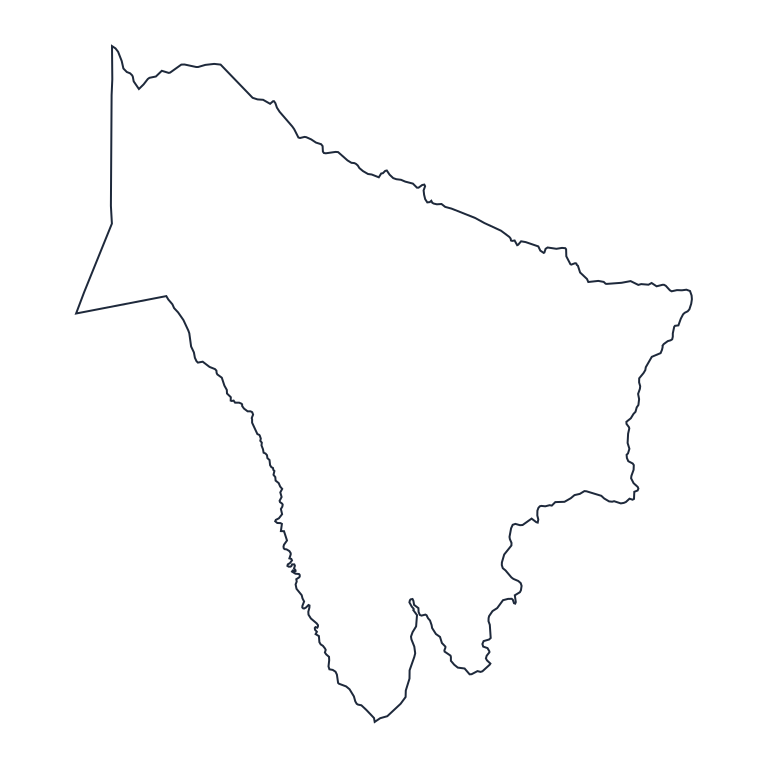 Boquete, Chiriquí, Panama (Robinson projection)
{"feature_id": "35544464B71515803064888", "entity_name": "Boquete", "entity_type": "district", "adm_level": 2, "iso_a3": "PAN", "parent_name": "Panama", "parent_adm1": "Chiriquí", "projection": "robinson", "projection_center": [-82.389, 8.74], "detail": "fine", "context": "isolated", "style": "outline", "palette": "slate", "viewbox_px": 768, "rotation_deg": 0, "n_neighbors": 0, "source": "geoboundaries", "source_scale": "gbopen_adm2", "svg_char_len": 6094}
<svg xmlns="http://www.w3.org/2000/svg" viewBox="0 0 768 768"><path d="M112.0,46.1L112.3,79.3L111.6,95.2L110.9,205.9L111.9,223.6L84.1,292.3L76.1,313.5L166.3,296.1L168.3,299.5L172.4,304.3L174.1,308.1L178.1,312.4L183.4,320.0L188.3,330.5L189.3,333.3L191.1,346.5L193.9,352.4L194.9,357.8L196.5,361.2L197.9,362.6L202.7,361.7L209.5,366.9L215.0,369.1L216.4,370.6L216.6,372.9L217.3,374.4L221.8,377.7L224.4,385.6L226.8,389.9L227.0,393.5L230.8,397.2L230.7,400.6L231.8,401.0L233.6,400.6L235.1,402.7L239.2,402.7L241.3,403.6L242.1,404.3L242.2,406.1L244.0,408.6L247.6,411.3L250.5,411.3L252.2,412.2L253.1,414.6L251.7,418.1L252.1,419.2L252.1,422.7L257.4,434.1L259.3,434.9L259.8,435.7L260.8,438.6L260.3,440.8L261.8,442.6L261.5,445.4L263.0,449.3L263.6,452.7L265.5,453.5L267.0,455.2L267.4,458.1L269.5,460.0L270.1,465.2L271.4,467.2L272.9,467.9L273.4,470.0L274.4,471.0L273.5,474.8L275.3,477.1L275.6,480.6L278.7,483.1L280.2,486.6L282.2,488.9L280.3,492.4L281.6,497.0L279.6,500.8L280.0,502.1L282.2,503.7L282.7,504.7L282.3,506.7L280.9,509.0L282.1,514.2L278.9,518.3L275.8,519.9L275.2,521.3L277.3,523.0L280.5,523.1L281.9,523.9L280.9,531.1L284.0,531.2L287.0,540.5L284.0,544.7L283.5,546.5L283.7,548.1L284.5,549.1L286.6,549.4L289.4,551.1L290.7,553.2L290.7,554.5L289.4,558.4L291.3,558.9L292.0,560.4L289.9,563.1L287.8,564.4L287.4,565.9L288.7,566.7L290.4,566.7L291.3,566.2L292.1,564.4L294.3,564.4L294.9,565.8L294.0,568.5L295.4,570.0L295.6,571.0L295.0,571.4L292.7,570.5L292.0,571.6L295.4,573.7L298.9,574.0L299.6,574.7L299.8,576.1L299.3,577.3L296.3,579.2L296.7,581.6L295.6,584.4L296.5,588.8L301.7,595.2L302.5,598.4L304.1,601.5L302.4,605.9L302.3,607.5L303.2,608.4L304.2,608.5L306.0,607.5L308.5,605.0L309.5,605.5L309.4,607.6L308.3,611.8L308.5,614.7L310.9,618.5L316.7,623.4L318.0,625.2L317.9,626.6L317.3,627.7L315.5,627.1L314.8,628.0L315.0,629.7L316.9,631.8L315.6,634.1L318.9,636.1L319.4,642.2L320.7,644.4L322.9,645.8L325.0,648.5L325.7,649.9L324.9,652.5L326.2,654.4L329.0,656.8L329.2,660.2L328.5,666.4L329.4,669.3L332.7,669.9L335.5,671.7L336.9,674.6L338.1,682.9L338.9,683.7L346.1,686.4L349.5,689.2L353.9,696.4L355.3,701.4L356.7,703.8L358.0,704.6L361.4,705.3L366.4,710.0L374.0,718.0L374.7,721.9L380.2,718.2L387.3,716.2L400.6,703.8L405.6,697.0L405.8,690.5L409.5,678.6L409.6,670.3L414.3,656.9L415.2,653.3L414.3,646.6L411.4,639.3L411.0,636.6L412.6,632.1L416.1,626.4L417.0,615.1L413.3,610.1L413.7,609.6L413.6,608.7L411.8,606.7L409.4,602.4L409.9,600.3L410.6,599.4L412.5,599.0L413.4,600.8L414.1,604.9L418.4,608.1L418.6,612.0L419.8,614.9L421.5,615.6L425.4,614.6L426.6,615.3L428.0,618.2L430.0,620.5L431.6,625.1L432.1,628.0L435.9,634.0L440.0,636.9L441.9,643.0L445.4,646.6L445.4,647.7L444.4,650.3L444.6,651.6L450.5,655.6L450.9,657.0L450.9,660.8L454.2,664.7L457.8,667.6L464.6,668.5L469.6,674.3L471.6,674.2L477.5,671.1L480.5,671.9L482.4,671.3L489.7,664.7L490.4,663.6L487.0,660.4L485.9,658.4L486.7,655.7L489.4,652.3L489.4,651.4L487.5,648.1L483.2,646.6L482.4,644.0L483.6,641.1L489.1,639.5L490.7,638.0L489.8,624.8L488.5,621.2L488.6,618.1L489.1,616.1L492.5,611.1L497.2,608.1L503.0,600.2L508.0,598.9L511.7,598.8L512.8,599.7L514.0,603.2L515.2,603.6L515.8,602.1L514.8,595.3L519.9,592.2L520.9,590.3L521.6,585.9L520.7,583.1L518.3,581.0L513.4,578.9L511.4,577.4L505.5,570.4L502.8,568.2L501.8,565.1L501.9,562.4L504.2,554.5L511.4,545.5L511.5,542.9L509.9,539.2L509.5,536.9L511.1,528.3L512.7,524.8L515.4,523.9L520.0,525.2L522.6,525.0L531.6,518.6L536.3,522.2L537.7,522.6L538.3,519.5L537.3,515.4L537.4,510.7L538.4,507.9L539.8,506.3L541.3,505.9L545.3,506.3L549.6,505.2L551.8,505.6L555.3,502.1L564.5,501.8L570.8,498.2L574.5,495.1L579.8,493.9L584.4,491.1L586.5,491.3L601.3,495.8L604.2,498.5L609.1,501.4L612.2,501.7L614.1,501.2L620.8,503.4L623.8,502.9L625.9,502.0L629.5,498.7L632.6,499.7L634.0,498.9L634.3,491.8L637.6,490.5L638.4,488.6L637.7,486.9L633.6,483.2L631.1,478.3L631.4,475.9L633.6,469.8L633.8,465.1L632.7,463.5L628.3,461.2L626.9,458.0L626.6,454.8L628.0,453.4L629.4,448.8L627.6,443.0L628.1,433.7L629.3,428.4L628.9,427.1L626.5,423.9L626.4,421.8L630.8,418.3L633.5,413.9L635.5,411.8L636.7,407.4L638.4,405.0L639.1,399.1L638.1,393.9L639.9,388.8L640.2,386.2L639.1,382.4L639.2,378.3L643.5,373.1L645.3,370.1L645.8,367.2L651.8,356.8L660.6,353.1L662.0,349.8L662.7,346.8L662.5,345.8L663.7,344.1L667.8,341.1L670.6,340.3L672.2,339.3L672.8,336.7L672.8,333.4L674.2,326.8L675.0,325.8L678.4,325.4L680.8,318.7L683.1,314.3L684.7,312.8L687.7,311.3L689.4,309.3L691.2,303.8L691.9,299.2L691.6,295.5L690.0,291.0L686.4,289.7L681.9,290.3L677.0,290.1L671.6,291.3L669.9,290.3L665.8,285.8L664.0,284.8L662.5,284.8L656.6,286.3L651.6,283.0L648.5,284.7L641.2,284.1L638.3,284.9L630.6,281.1L621.5,282.8L606.7,283.9L605.6,283.7L603.7,281.9L598.3,280.9L588.3,282.0L587.0,279.0L580.1,272.5L577.9,265.7L576.8,264.9L576.3,263.5L575.1,263.2L571.3,264.6L570.4,264.2L566.3,256.3L566.1,249.3L565.3,248.2L562.0,247.9L556.4,248.8L547.6,247.5L545.6,248.8L544.4,252.5L543.7,252.9L540.3,250.6L538.3,246.4L525.7,242.1L521.1,241.3L518.1,244.8L517.2,245.2L514.6,240.5L512.2,240.9L511.0,240.5L510.6,238.5L509.3,236.9L501.0,230.7L484.5,223.1L475.2,218.0L451.5,208.6L445.2,206.9L441.5,204.0L436.9,204.3L433.8,203.6L432.3,202.8L431.3,200.8L429.8,202.1L427.3,202.4L425.2,199.2L424.1,194.8L423.6,190.4L425.1,186.2L424.3,184.6L422.2,185.0L418.5,187.7L417.0,187.7L412.9,183.6L405.2,181.6L401.0,179.8L396.3,179.2L393.2,178.1L389.6,174.7L386.8,170.5L385.2,170.9L382.9,173.2L381.2,173.5L378.8,177.3L371.7,174.5L368.0,174.0L363.0,171.1L359.4,168.1L357.8,165.5L356.0,163.9L354.4,163.1L351.4,162.8L347.5,160.4L338.1,152.1L335.6,151.9L325.8,153.3L323.9,153.0L322.9,151.6L322.6,146.1L321.1,144.2L316.0,142.6L311.2,139.4L306.3,137.2L304.6,136.9L300.0,138.0L298.4,137.5L294.2,129.2L292.3,126.5L279.6,111.8L276.9,107.6L275.4,103.2L274.0,101.2L273.1,101.2L270.1,103.8L263.1,99.8L257.5,99.4L252.6,97.8L220.6,64.6L214.2,63.9L205.3,64.9L198.1,67.0L196.2,67.0L184.5,64.5L181.3,64.6L170.1,72.6L168.7,72.9L161.8,70.8L155.9,76.5L149.5,77.8L147.8,79.0L143.6,84.4L138.9,89.0L133.7,81.4L132.8,76.7L132.2,75.4L130.1,73.3L126.8,72.0L123.4,68.5L121.7,61.0L118.1,51.8L115.5,48.4L112.0,46.1Z" fill="none" stroke="#1e293b" stroke-width="2"/></svg>